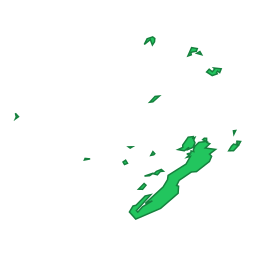 Stykkishólmsbær, Vesturland, Iceland (orthographic projection)
{"feature_id": "244011B37463664010444", "entity_name": "Stykkishólmsbær", "entity_type": "district", "adm_level": 2, "iso_a3": "ISL", "parent_name": "Iceland", "parent_adm1": "Vesturland", "projection": "orthographic", "projection_center": [-22.794, 65.108], "detail": "medium", "context": "isolated", "style": "filled", "palette": "green", "viewbox_px": 256, "rotation_deg": 0, "n_neighbors": 0, "source": "geoboundaries", "source_scale": "gbopen_adm2", "svg_char_len": 1905}
<svg xmlns="http://www.w3.org/2000/svg" viewBox="0 0 256 256"><path d="M178.6,186.2L176.6,185.5L179.2,180.3L191.4,172.0L196.5,171.6L209.4,161.5L211.6,156.3L209.5,154.1L215.6,149.4L205.2,148.0L209.8,143.7L206.7,142.4L206.6,138.3L204.3,138.2L202.7,139.7L206.3,141.4L198.9,142.4L194.9,146.2L193.4,149.8L193.8,151.6L191.1,150.9L190.8,152.9L186.8,154.0L189.6,154.6L186.8,157.3L190.4,156.4L186.0,164.1L168.1,175.4L167.5,179.7L163.1,187.0L145.3,203.4L152.4,200.8L142.5,206.8L137.8,212.1L136.4,210.6L150.8,194.7L145.1,196.0L136.1,205.2L133.0,206.0L129.4,212.0L135.7,219.1L160.6,208.4L178.1,193.3L178.6,186.2ZM193.2,136.6L188.2,137.2L182.7,145.1L182.8,147.4L178.0,149.6L184.3,150.8L189.0,147.3L187.8,149.6L193.0,147.4L195.0,142.8L193.7,140.1L194.9,137.4L192.8,138.3L193.2,136.6ZM221.2,68.8L213.8,68.0L214.7,68.9L212.3,71.8L209.2,69.2L206.6,72.0L212.2,75.6L217.3,73.8L216.5,72.6L217.5,71.1L219.7,72.6L221.2,68.8ZM152.7,36.9L147.1,38.8L144.3,44.4L150.3,39.6L152.4,45.0L154.5,41.8L154.8,38.5L152.7,36.9ZM197.3,48.6L191.6,47.6L187.9,56.0L191.3,54.8L190.8,52.9L192.1,52.0L196.3,51.3L197.3,48.6ZM238.5,145.4L233.6,144.1L231.4,146.3L228.7,150.8L233.6,150.7L238.5,145.4ZM138.5,189.2L142.6,189.3L146.0,185.2L144.1,183.5L138.5,189.2ZM159.4,96.0L155.1,96.4L149.7,102.2L152.9,101.8L159.4,96.0ZM161.3,169.4L156.4,171.4L153.8,173.9L157.4,174.8L160.3,171.5L163.4,171.2L161.3,169.4ZM240.6,141.5L236.3,141.1L238.0,141.9L236.5,143.1L238.6,145.1L240.6,141.5ZM149.6,175.7L153.6,173.0L144.5,176.1L149.6,175.7ZM127.5,163.3L125.6,160.2L123.0,162.0L124.5,164.5L127.5,163.3ZM90.1,158.9L85.1,158.4L84.4,160.0L90.1,158.9ZM15.4,118.9L18.5,116.7L15.4,113.3L16.3,116.9L15.4,118.9ZM150.8,155.4L153.7,154.8L154.8,153.7L152.9,151.6L150.8,155.4ZM201.7,54.7L199.9,51.5L196.7,53.3L201.7,54.7ZM233.9,134.2L235.7,130.5L233.4,130.8L233.9,134.2ZM130.2,148.1L132.4,146.8L128.5,146.9L130.2,148.1Z" fill="#22c55e" stroke="#15803d" stroke-width="1.5"/></svg>